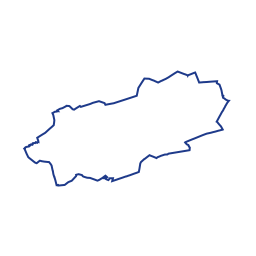 Sutru pag., Livanu, Latvia, rotated 156°
{"feature_id": "27541924B27352214783038", "entity_name": "Sutru pag.", "entity_type": "district", "adm_level": 2, "iso_a3": "LVA", "parent_name": "Latvia", "parent_adm1": "Livanu", "projection": "equal_earth", "projection_center": [26.515, 56.305], "detail": "fine", "context": "isolated", "style": "outline", "palette": "blue", "viewbox_px": 256, "rotation_deg": 156, "n_neighbors": 0, "source": "geoboundaries", "source_scale": "gbopen_adm2", "svg_char_len": 4985}
<svg xmlns="http://www.w3.org/2000/svg" viewBox="0 0 256 256"><g transform="rotate(156 128 128)"><path d="M24.9,111.8L25.1,111.9L25.4,112.2L25.8,112.6L26.2,113.0L26.5,113.4L26.8,113.7L27.0,114.0L27.4,114.7L27.7,115.3L27.9,115.7L28.3,116.3L28.5,116.5L28.8,116.8L28.8,117.3L28.7,117.7L28.7,118.0L27.8,118.5L27.9,118.9L28.2,119.2L28.4,119.4L28.5,119.5L28.1,120.7L28.1,120.9L27.3,124.3L27.1,125.9L27.0,127.1L26.9,128.9L26.8,129.6L26.8,130.4L26.8,130.5L27.0,130.7L27.5,131.3L28.0,132.0L28.4,132.5L28.6,132.8L28.6,133.0L28.4,133.4L27.8,134.2L27.6,134.5L32.8,136.4L38.2,138.3L40.2,139.1L41.7,139.6L44.5,140.6L44.5,141.2L44.4,142.1L44.4,143.3L44.3,144.3L44.3,144.9L44.2,147.1L44.2,147.3L44.2,148.5L44.1,149.2L44.1,149.3L44.1,149.9L44.1,151.4L45.5,151.5L48.5,151.6L50.5,151.7L52.0,151.8L52.1,151.7L52.1,151.8L52.6,152.4L54.0,153.8L55.0,154.7L57.6,157.3L59.7,159.4L63.0,159.0L68.1,158.2L70.5,157.8L71.7,157.7L72.6,157.6L73.7,157.5L74.7,157.5L76.7,157.5L76.8,157.5L77.0,157.5L77.1,157.4L78.6,157.5L80.0,157.4L82.0,157.3L84.0,159.5L85.1,160.8L86.3,161.9L86.4,162.0L88.3,164.0L88.7,164.4L92.9,166.5L96.8,164.0L97.4,163.6L102.2,160.4L104.5,157.2L106.9,153.9L119.5,155.2L129.7,156.3L130.9,156.4L133.7,157.1L139.2,158.4L139.3,160.3L143.6,164.3L150.0,165.3L151.8,165.3L153.3,165.4L155.0,165.6L162.5,166.5L163.0,167.7L167.4,167.1L169.8,166.7L170.5,167.3L171.0,167.7L171.0,167.9L172.5,171.6L172.8,172.0L175.2,173.3L175.5,173.1L179.8,172.8L181.0,173.0L182.4,173.2L185.4,172.9L185.1,171.8L185.3,171.9L186.4,172.0L187.6,172.4L187.9,172.5L188.1,172.6L190.8,172.3L191.0,172.3L191.0,171.5L191.0,170.5L191.0,170.1L191.1,169.7L191.7,166.9L192.1,165.1L193.3,163.0L194.7,160.8L197.1,160.0L199.1,159.4L199.8,159.2L205.5,157.3L206.1,157.2L206.9,157.1L207.9,157.0L210.8,156.6L214.9,156.0L215.2,153.0L215.2,152.8L215.4,152.0L215.5,151.7L215.6,151.8L215.9,151.8L216.0,151.8L216.1,151.7L216.5,151.6L216.9,151.4L217.0,151.5L217.3,151.6L217.5,151.7L217.7,151.9L217.7,152.1L217.8,152.2L217.8,152.3L217.8,152.5L218.0,152.6L218.3,152.4L218.5,152.2L218.9,152.0L219.0,152.1L219.3,152.2L219.8,152.4L220.7,152.7L220.9,152.8L221.1,152.8L221.3,152.8L221.4,152.7L221.5,152.1L221.6,151.9L221.8,151.7L222.0,151.6L222.4,151.6L222.5,151.6L222.8,152.0L223.2,152.4L223.3,152.5L223.5,152.5L224.0,152.3L224.3,152.4L224.6,152.5L225.0,152.5L225.4,152.5L225.5,152.4L225.6,152.2L225.1,151.6L225.3,151.5L225.6,151.4L225.8,151.4L226.5,151.5L226.8,151.6L227.1,151.7L227.5,151.8L228.0,151.9L228.3,152.0L228.5,152.0L229.1,152.1L229.4,152.0L229.6,152.0L229.9,151.9L230.2,151.8L230.4,151.7L230.5,151.6L230.5,151.4L230.5,151.1L230.8,151.0L231.1,151.1L231.0,149.8L231.1,145.6L231.0,143.2L231.0,142.1L230.5,140.9L228.5,137.1L227.7,135.5L227.4,135.1L227.2,134.6L226.9,134.1L226.7,133.9L225.8,133.0L225.7,133.0L221.9,134.0L220.8,133.2L220.4,132.8L219.6,132.3L218.1,131.3L217.2,130.8L215.5,129.8L214.0,129.0L213.7,127.9L213.4,126.9L213.1,125.0L213.1,124.7L213.6,122.4L214.2,119.5L214.1,119.3L214.3,118.6L214.8,116.8L215.1,115.2L215.1,114.8L215.2,114.0L215.3,112.9L215.2,112.9L215.6,110.0L215.6,109.9L216.5,104.8L215.0,104.4L215.0,104.2L215.1,103.8L214.5,103.6L213.7,103.3L209.2,101.8L208.9,101.8L208.7,101.8L205.1,102.7L204.5,102.8L204.4,102.8L203.4,102.8L203.2,102.8L201.2,102.7L200.9,102.7L200.6,102.8L195.4,105.0L195.1,105.1L194.7,105.6L194.5,105.9L194.4,106.0L194.4,106.3L194.1,106.3L192.0,105.9L191.9,105.9L191.3,105.4L189.3,103.8L189.2,103.7L188.9,102.3L188.2,101.5L187.1,100.5L185.8,99.4L185.7,99.3L185.6,99.2L182.9,97.8L181.9,96.8L179.5,94.5L177.8,92.8L177.2,92.3L176.2,92.3L175.5,92.3L175.2,92.3L174.4,92.4L173.4,92.6L173.0,92.6L172.9,92.6L172.7,92.6L171.1,92.9L169.9,93.2L168.0,93.6L167.1,91.6L169.7,91.5L169.0,91.1L169.0,90.9L168.9,90.5L168.9,90.3L168.6,90.0L168.4,89.7L168.0,89.3L167.6,88.9L167.2,88.5L167.1,88.4L166.1,88.9L165.7,89.2L165.2,89.5L164.2,89.1L163.3,88.7L162.5,88.3L162.2,88.2L163.6,86.4L164.0,85.9L159.9,85.5L159.1,85.4L158.6,85.4L152.3,84.8L152.0,84.8L149.7,84.6L149.2,84.5L149.1,84.4L147.2,84.3L145.5,84.1L140.9,83.8L138.8,83.6L137.4,83.5L136.8,83.5L136.1,83.4L135.8,83.7L134.2,86.0L131.2,90.6L130.0,91.6L129.7,91.7L125.8,93.0L125.6,92.9L121.9,93.8L119.4,94.4L118.4,93.3L116.8,91.7L116.7,91.6L115.0,89.8L114.2,88.9L113.0,89.3L111.0,89.2L109.2,89.2L106.5,88.9L105.3,88.8L102.7,87.8L101.5,88.1L80.8,82.7L80.3,83.5L79.5,85.1L79.9,86.4L79.8,86.5L79.7,87.5L79.9,88.1L80.0,88.2L80.2,88.3L80.4,88.5L80.8,89.0L81.1,89.7L81.5,90.9L81.7,91.6L81.4,91.7L76.8,91.6L73.7,91.5L72.0,91.4L65.8,91.2L62.6,91.1L61.0,91.0L59.3,90.9L58.2,90.8L55.9,90.3L53.9,89.9L53.1,89.8L52.6,89.7L52.4,89.7L49.7,89.2L46.8,88.8L46.1,88.7L45.3,88.5L45.1,88.5L43.2,88.2L42.3,88.0L42.1,88.0L42.3,90.1L42.3,90.5L42.4,91.4L42.4,91.6L42.5,91.9L43.0,93.4L43.7,95.8L43.8,96.1L43.9,96.8L44.1,97.3L44.4,97.7L42.3,99.3L39.6,101.4L38.5,102.2L36.3,103.9L35.5,104.5L34.6,105.0L33.2,106.0L33.0,106.3L31.0,107.7L30.2,108.4L30.1,108.5L29.9,108.7L29.3,109.0L28.7,109.5L28.3,109.8L28.1,109.9L27.0,110.7L26.8,110.8L24.9,111.8Z" fill="none" stroke="#1e3a8a" stroke-width="2"/></g></svg>